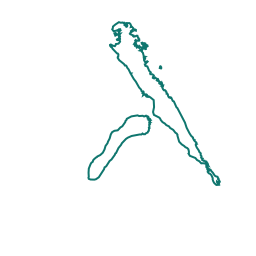 Kepulauan Sula, Maluku Utara, Indonesia (Mercator projection), rotated 59°
{"feature_id": "22746128B81791072961966", "entity_name": "Kepulauan Sula", "entity_type": "district", "adm_level": 2, "iso_a3": "IDN", "parent_name": "Indonesia", "parent_adm1": "Maluku Utara", "projection": "mercator", "projection_center": [125.8, -2.114], "detail": "fine", "context": "isolated", "style": "outline", "palette": "teal", "viewbox_px": 256, "rotation_deg": 59, "n_neighbors": 0, "source": "geoboundaries", "source_scale": "gbopen_adm2", "svg_char_len": 5543}
<svg xmlns="http://www.w3.org/2000/svg" viewBox="0 0 256 256"><g transform="rotate(59 128 128)"><path d="M45.2,72.1L43.3,72.5L42.9,73.6L42.1,72.7L40.3,72.4L38.9,72.7L37.2,75.4L37.8,76.1L38.1,75.5L40.0,75.9L40.5,76.5L40.4,77.3L39.5,77.3L38.1,77.9L38.0,77.6L37.0,77.5L37.2,77.1L36.8,76.8L35.7,77.1L35.6,77.9L34.8,78.3L34.1,79.9L32.6,81.3L32.8,85.6L33.3,88.6L34.6,89.6L35.3,90.7L37.4,90.5L37.7,90.1L38.7,87.5L38.6,86.8L39.0,86.4L38.7,84.9L39.3,83.8L40.2,84.1L39.9,85.5L40.1,86.5L40.7,86.4L40.9,85.8L41.1,86.5L42.5,87.2L43.1,85.9L43.4,86.8L44.0,87.2L43.4,88.4L44.4,88.3L44.9,87.2L44.8,87.6L45.4,87.7L45.5,89.0L46.1,89.0L46.4,89.3L46.9,88.7L47.7,89.0L48.0,89.8L49.9,90.3L50.8,92.7L49.8,95.2L50.7,96.1L51.1,97.1L49.7,98.5L47.6,99.7L47.5,100.6L48.2,101.0L49.9,100.8L50.5,100.3L52.1,100.4L58.4,99.0L58.9,98.4L59.9,98.3L61.8,99.6L61.7,100.0L62.5,100.7L65.4,100.6L71.1,98.5L72.8,98.5L73.1,97.8L73.8,97.4L76.2,97.6L78.0,97.3L82.5,97.7L82.9,97.1L83.0,97.4L83.9,97.7L88.9,97.8L92.3,97.4L99.1,97.6L101.8,97.0L103.5,97.4L104.1,97.2L104.5,96.1L104.9,96.0L106.1,96.5L106.0,97.4L106.7,97.1L107.7,98.1L107.6,97.3L108.0,96.7L107.8,96.3L108.6,95.0L109.3,94.7L110.6,94.9L111.6,93.9L113.4,93.0L117.3,91.6L123.5,94.9L127.2,98.3L130.1,99.0L135.1,95.9L136.3,95.6L138.0,95.8L140.7,95.4L143.2,94.1L145.2,93.7L147.8,92.0L149.6,91.9L152.9,90.2L156.4,89.8L157.9,89.1L159.4,89.1L159.8,89.5L166.1,91.2L169.7,90.4L172.4,89.1L174.0,88.7L175.6,87.6L177.2,87.2L179.3,87.8L181.2,88.9L181.2,89.3L183.7,89.3L188.4,85.7L191.0,85.3L193.2,84.0L196.0,83.4L197.0,81.6L198.9,79.4L200.2,79.4L201.4,78.6L200.6,78.6L200.4,78.2L199.3,78.0L198.8,78.2L197.3,78.1L197.3,78.6L196.7,79.0L195.3,79.2L194.7,78.7L195.3,79.3L195.2,80.0L193.5,80.9L192.7,79.7L191.6,80.5L190.9,80.5L190.1,79.5L188.6,79.7L187.2,78.7L185.3,79.2L183.7,78.9L180.0,79.1L177.5,78.7L177.0,78.4L177.1,77.3L176.3,77.5L175.7,76.9L173.5,77.6L172.8,77.2L172.7,77.6L172.3,77.7L169.9,77.5L169.6,77.2L167.3,77.9L164.3,78.0L157.9,77.6L152.7,76.4L136.2,75.4L135.3,75.8L128.9,75.0L127.8,75.7L124.3,75.3L124.0,76.3L123.1,76.2L122.7,77.2L120.8,77.1L119.9,76.6L119.1,76.6L118.5,77.3L117.3,76.5L116.2,76.9L115.6,76.5L114.5,76.9L114.1,77.8L112.8,78.0L110.5,77.7L109.7,77.2L109.0,77.5L108.6,77.0L107.6,77.0L108.0,76.1L107.0,75.8L107.2,77.4L106.8,77.7L106.1,77.0L106.2,77.8L105.8,78.2L105.2,77.8L105.4,77.2L105.0,77.4L104.7,77.1L104.1,77.5L103.2,77.2L102.9,77.3L102.7,78.5L102.0,78.7L101.8,77.2L101.3,77.1L100.6,78.1L98.8,78.7L99.0,80.1L97.8,80.9L97.5,80.7L97.7,79.9L97.0,79.9L96.6,78.9L96.3,78.8L94.6,79.4L93.4,81.1L92.6,80.9L92.0,79.8L90.0,80.4L85.2,79.7L83.7,81.1L82.1,80.8L82.2,79.9L81.1,78.2L80.5,78.5L80.1,79.4L78.0,79.3L77.4,78.9L77.7,78.1L77.1,77.4L76.2,78.4L75.4,78.1L75.5,76.9L74.9,77.6L71.2,76.5L69.9,76.8L69.2,76.4L67.8,77.8L67.8,76.8L67.4,76.8L68.1,75.0L67.5,73.8L66.4,74.4L66.0,75.1L65.1,75.7L65.2,78.0L64.3,76.4L63.8,76.2L63.9,76.7L63.4,77.2L63.6,79.0L63.3,79.0L63.1,78.0L62.4,77.5L61.9,78.4L61.4,78.2L61.2,79.7L60.8,79.7L60.3,78.9L60.5,77.2L59.1,79.4L58.6,78.5L58.9,77.7L58.3,77.7L58.0,77.2L58.2,76.6L57.3,76.4L56.8,76.7L56.5,76.1L57.7,75.4L58.9,73.6L58.9,73.3L57.6,72.6L56.7,73.1L56.0,72.6L55.2,72.8L53.8,72.4L53.3,73.1L53.1,75.0L52.6,76.1L51.9,76.3L51.5,75.7L48.7,77.8L47.8,77.3L47.6,76.0L46.5,75.7L46.0,72.5L45.2,72.1ZM129.3,105.9L129.1,105.5L129.4,105.1L128.8,104.8L127.9,105.3L127.3,106.3L126.7,106.3L126.4,108.3L125.1,109.1L123.5,112.3L122.1,113.3L119.8,119.1L119.5,124.3L120.2,125.0L120.7,126.6L121.5,127.3L123.6,132.0L123.6,134.2L124.7,138.0L123.4,141.1L123.4,143.8L124.6,146.0L127.6,149.2L129.4,152.2L130.5,153.4L131.8,156.5L134.3,159.2L136.2,162.3L136.9,165.8L136.6,169.0L136.9,169.5L136.8,170.4L137.2,172.9L137.7,174.5L138.8,175.6L138.9,177.2L139.7,178.7L142.6,182.5L146.1,184.9L149.7,186.8L150.2,187.5L151.4,187.8L152.8,186.7L154.9,183.5L155.4,181.9L155.2,178.4L151.0,169.8L149.7,168.4L149.6,166.4L146.8,160.8L146.5,158.4L144.2,153.1L143.3,152.0L143.3,151.1L140.2,146.4L138.9,142.7L137.9,141.1L136.3,135.3L136.2,133.1L136.7,129.0L139.6,121.2L140.5,119.8L140.2,118.4L141.3,117.9L142.1,116.6L141.8,115.7L142.0,113.4L141.3,112.7L141.1,111.6L139.4,110.4L139.2,109.7L138.4,109.8L138.2,109.1L136.6,108.4L136.0,107.1L135.5,107.1L135.3,107.5L134.5,106.8L134.6,106.4L134.1,106.7L133.8,106.1L134.1,105.9L133.7,105.6L132.7,105.3L133.1,105.6L132.9,106.0L132.3,105.7L131.6,106.2L131.0,105.4L130.5,105.9L130.2,105.3L129.3,105.9ZM218.6,76.3L217.1,76.6L215.9,76.4L214.5,77.7L213.4,78.2L210.0,78.3L207.6,78.8L206.3,78.7L205.0,79.7L201.0,80.5L201.9,81.0L205.6,80.5L205.2,81.2L206.4,81.1L206.3,82.1L206.6,82.3L208.4,82.1L209.4,81.3L211.3,80.8L214.6,81.2L215.6,81.9L217.7,82.4L219.8,82.4L222.3,81.6L223.4,79.5L220.0,79.6L219.6,79.3L221.6,78.3L220.7,78.0L220.7,77.6L222.2,77.1L219.6,76.8L217.4,77.3L218.6,76.3ZM68.0,69.1L67.1,68.8L66.0,69.7L65.4,71.1L65.1,69.8L64.5,69.6L63.6,70.4L63.4,71.2L62.2,71.8L62.1,72.5L63.2,72.7L63.9,72.3L64.5,72.3L65.2,71.5L66.0,72.0L66.4,71.5L66.7,72.3L67.1,72.2L66.8,72.9L67.2,73.0L69.3,72.6L69.5,72.0L68.6,71.5L67.9,70.6L68.0,69.1ZM41.8,89.1L40.1,89.8L39.8,90.9L42.3,91.3L42.4,89.4L41.8,89.1ZM93.0,69.9L94.0,69.0L93.9,68.7L93.0,68.2L91.9,68.3L91.8,68.8L93.0,69.9ZM47.4,90.1L46.4,91.1L46.4,91.9L47.0,92.0L47.6,91.3L47.9,90.3L47.4,90.1ZM111.6,94.9L111.4,94.7L110.7,94.9L109.6,96.1L110.6,96.0L111.6,94.9ZM48.0,70.7L47.2,71.2L47.6,72.0L48.6,71.1L48.0,70.7ZM81.2,77.0L80.7,77.2L80.9,78.0L81.4,77.7L81.2,77.0ZM109.8,76.9L110.2,76.5L109.9,76.2L109.8,76.9ZM132.2,104.5L131.5,104.5L131.1,105.1L131.6,105.1L132.2,104.5ZM47.1,75.1L47.3,75.6L47.4,74.9L47.1,75.1Z" fill="none" stroke="#0f766e" stroke-width="2"/></g></svg>